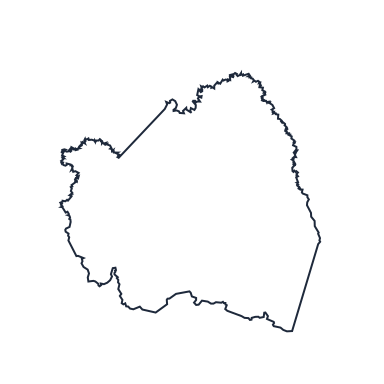 the district of Calamar, Guaviare, Colombia, rotated 197°
{"feature_id": "7082276B89930960352961", "entity_name": "Calamar", "entity_type": "district", "adm_level": 2, "iso_a3": "COL", "parent_name": "Colombia", "parent_adm1": "Guaviare", "projection": "albers", "projection_center": [-72.972, 1.543], "detail": "fine", "context": "isolated", "style": "outline", "palette": "slate", "viewbox_px": 384, "rotation_deg": 197, "n_neighbors": 0, "source": "geoboundaries", "source_scale": "gbopen_adm2", "svg_char_len": 6013}
<svg xmlns="http://www.w3.org/2000/svg" viewBox="0 0 384 384"><g transform="rotate(197 192 192)"><path d="M242.3,263.4L272.1,203.3L273.3,203.6L272.3,204.8L273.2,205.2L272.7,206.4L275.8,206.9L274.8,207.9L278.3,206.9L278.8,208.1L279.7,207.6L279.6,209.0L280.5,207.8L281.2,209.6L282.9,209.5L282.2,210.7L283.9,212.5L286.6,212.6L286.9,213.5L288.8,211.8L289.5,212.3L289.0,213.6L290.8,212.4L292.1,213.5L292.4,212.6L292.9,214.4L293.8,214.4L293.6,213.0L294.4,215.1L295.6,215.6L296.4,213.9L298.4,213.3L298.8,212.2L299.8,212.9L299.5,211.8L300.6,212.7L303.2,212.7L305.8,211.6L306.7,212.9L307.8,211.6L309.4,211.5L308.5,210.2L309.3,210.6L309.6,209.9L309.9,210.8L310.1,210.0L308.8,209.2L309.3,207.9L308.7,207.2L312.0,208.1L310.0,206.4L312.0,206.9L311.5,205.8L312.1,204.6L311.2,205.1L311.0,204.4L313.1,202.1L313.4,200.9L312.5,200.8L314.5,199.7L313.9,199.0L315.6,198.0L316.4,199.3L317.4,198.1L318.5,198.3L317.9,199.1L320.4,199.6L320.0,197.5L320.6,197.5L320.6,196.5L319.5,196.0L320.0,195.0L321.3,195.3L321.6,196.4L322.4,194.5L324.0,193.9L325.6,194.9L326.1,193.6L326.6,194.9L325.8,195.5L326.5,195.5L328.4,194.3L327.7,192.1L329.1,192.4L326.7,191.4L326.9,189.0L324.6,188.6L326.0,187.4L324.7,186.9L325.7,186.7L326.1,185.9L325.5,186.4L324.7,185.5L326.2,183.4L325.0,182.6L325.6,182.0L325.0,181.3L324.7,182.5L323.9,182.5L324.1,181.4L322.9,180.2L320.7,180.2L319.7,181.4L320.2,182.6L316.2,182.8L316.0,182.0L314.7,182.5L313.7,181.8L314.8,180.7L313.8,181.1L313.4,180.3L313.7,177.8L312.9,178.8L311.5,176.6L309.6,177.8L306.0,177.1L307.3,174.2L306.6,174.1L306.3,172.5L305.0,173.9L304.9,171.5L307.2,171.4L307.5,169.8L305.2,168.8L305.1,168.0L306.9,168.3L306.6,166.9L309.2,163.4L308.1,162.3L309.3,161.3L308.0,160.2L308.1,157.5L306.1,156.1L307.9,153.4L306.9,153.6L307.6,152.9L306.0,152.4L308.1,147.5L309.2,148.0L310.4,146.1L313.2,145.8L313.0,144.8L314.8,143.3L313.7,142.4L313.5,143.2L312.9,142.9L313.5,141.4L311.8,140.5L312.8,139.4L311.6,139.6L306.8,135.4L305.3,136.7L303.4,135.0L303.0,134.0L303.8,133.5L302.3,133.4L301.2,132.1L301.5,130.4L300.3,130.2L299.3,127.9L298.9,122.8L301.8,120.2L302.1,118.7L301.2,117.1L297.9,116.1L297.7,114.0L296.2,112.8L296.0,109.5L283.8,96.9L282.3,97.6L276.4,97.1L277.8,95.8L276.5,93.8L276.8,91.5L273.8,88.6L269.1,87.3L266.7,84.0L266.7,79.8L264.9,76.1L260.3,78.2L258.3,78.2L254.8,76.8L254.1,75.3L252.8,74.8L251.6,76.5L252.4,77.8L249.3,78.1L246.5,80.5L244.5,83.7L243.8,87.8L245.5,89.7L245.5,96.0L243.1,97.2L241.9,95.1L242.6,94.3L241.9,93.4L242.5,91.9L242.0,90.5L238.1,88.8L238.7,87.7L236.8,86.4L236.3,84.0L234.4,82.6L234.1,77.6L229.8,73.9L230.6,71.5L227.0,68.5L226.7,65.1L224.8,64.5L223.3,66.0L221.5,63.4L219.5,63.8L217.2,62.4L213.8,62.7L208.4,67.1L205.1,65.1L191.5,66.1L183.0,77.4L184.6,81.5L184.2,82.8L182.4,83.5L177.5,89.9L165.4,96.2L163.8,95.3L161.6,92.1L157.1,91.9L156.5,89.9L157.7,86.8L155.0,85.2L152.7,86.2L150.7,91.0L144.8,91.8L141.2,90.8L138.9,91.5L136.9,93.6L131.6,94.7L130.3,96.0L129.1,95.1L127.6,95.6L127.1,94.2L125.7,93.9L126.0,89.8L123.5,88.7L108.3,87.8L105.0,87.0L101.1,87.9L99.2,86.6L97.8,87.3L98.1,89.1L95.0,91.1L92.1,92.1L90.5,91.5L86.9,93.4L87.6,97.7L86.6,98.2L83.1,95.5L83.2,92.5L75.9,91.7L75.2,90.7L75.8,88.7L74.6,87.6L67.7,88.2L64.4,86.8L60.5,86.5L55.6,88.3L56.1,179.1L54.9,181.9L56.0,183.0L56.1,185.3L59.2,189.0L59.0,190.2L64.6,195.2L66.3,200.2L70.8,203.2L72.1,206.8L78.2,213.0L78.8,215.9L78.1,219.1L80.1,220.7L80.7,222.6L85.6,222.9L86.8,223.7L87.0,226.6L88.9,226.2L89.8,227.1L89.7,226.1L91.1,226.5L90.7,227.8L93.2,228.9L92.7,230.0L93.7,230.2L93.4,231.8L94.3,231.8L93.6,232.5L96.6,236.4L95.9,237.3L96.4,237.7L95.4,238.1L97.3,239.7L96.4,241.6L98.3,242.4L98.8,241.5L100.3,242.3L100.9,240.9L102.0,241.4L103.2,244.5L102.0,247.0L102.6,247.6L101.3,247.9L101.3,248.8L102.5,250.0L102.7,249.3L103.6,249.6L104.2,251.8L105.9,252.2L104.6,253.5L105.5,253.9L104.6,255.4L102.8,255.8L104.5,257.5L104.3,259.1L105.2,258.7L106.2,259.4L105.7,260.7L105.5,259.8L104.1,260.8L103.5,262.6L104.3,262.4L105.4,265.7L109.0,266.2L109.0,268.8L108.2,268.8L108.1,269.8L109.3,269.6L109.1,271.1L112.6,272.2L112.9,274.3L116.2,274.9L115.5,275.7L116.5,275.7L116.5,276.5L118.8,275.8L118.8,277.1L120.8,277.7L120.6,279.5L119.8,278.8L120.1,279.7L119.3,280.1L119.6,280.7L120.8,280.1L120.7,281.8L123.7,283.2L122.6,283.2L122.9,284.3L125.6,285.4L126.0,284.6L127.5,285.6L127.2,286.5L129.4,287.5L131.2,287.2L132.1,291.2L134.6,290.9L134.8,291.7L136.1,291.7L137.3,290.8L137.1,292.6L138.3,292.1L138.9,293.9L139.8,294.1L138.0,296.2L140.6,298.8L143.5,299.6L143.5,300.4L144.2,300.0L144.3,301.1L145.9,300.3L146.3,299.2L147.8,300.8L150.3,299.9L151.0,300.0L150.6,300.8L151.9,300.5L151.8,301.6L153.3,302.2L152.2,302.3L153.2,303.1L152.4,303.5L153.0,304.2L149.7,307.1L151.4,306.3L151.1,308.3L152.3,308.0L151.8,309.4L154.5,309.9L154.7,312.5L158.2,311.9L158.4,313.9L156.6,313.8L158.4,314.8L158.7,316.5L159.8,315.7L159.7,317.0L161.4,317.6L163.1,316.1L164.7,316.7L165.7,315.7L165.5,316.9L167.0,318.1L168.7,318.0L168.9,318.9L170.5,318.4L170.5,319.6L171.9,319.2L170.9,320.4L172.4,321.6L177.2,318.2L177.6,319.4L179.4,318.3L179.9,320.0L180.5,317.9L182.2,316.2L183.8,317.2L183.6,318.0L185.6,318.4L187.0,316.2L186.6,315.4L187.6,315.5L186.3,314.9L186.3,313.9L189.2,313.9L188.2,316.0L190.0,314.9L188.2,310.2L190.3,310.2L189.7,308.8L190.4,308.2L190.9,309.5L192.7,309.4L194.5,307.8L195.5,308.4L196.7,303.8L199.5,304.5L199.2,303.5L200.2,303.7L201.8,300.2L201.0,297.5L203.0,298.0L204.0,297.3L204.3,298.5L206.0,298.8L207.5,296.9L208.5,298.2L210.6,295.7L212.3,296.3L212.7,295.3L214.1,295.7L212.6,293.3L214.5,292.2L213.1,291.3L212.0,292.3L211.7,291.3L212.8,290.1L215.9,292.1L215.4,286.2L212.6,285.6L210.9,286.5L210.7,285.0L213.1,285.2L213.7,283.2L210.8,280.8L213.4,280.1L214.4,278.8L215.7,280.1L217.5,279.6L217.7,278.8L213.8,276.3L213.1,273.5L213.7,271.2L217.6,271.9L217.4,268.9L215.7,267.6L221.4,269.2L222.1,270.8L224.3,266.9L222.7,264.9L226.9,264.0L228.0,265.3L230.7,265.5L233.3,264.1L233.7,265.1L232.0,267.6L231.9,271.0L234.6,274.0L237.8,274.8L239.7,272.7L239.0,271.1L239.8,270.3L243.0,270.6L241.4,268.5L242.3,263.4Z" fill="none" stroke="#1e293b" stroke-width="2"/></g></svg>